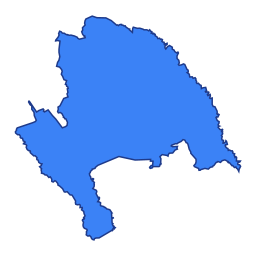 Ixtapan de la Sal, México, Mexico
{"feature_id": "50627088B70229616994198", "entity_name": "Ixtapan de la Sal", "entity_type": "district", "adm_level": 2, "iso_a3": "MEX", "parent_name": "Mexico", "parent_adm1": "México", "projection": "orthographic", "projection_center": [-99.696, 18.841], "detail": "fine", "context": "isolated", "style": "filled", "palette": "blue", "viewbox_px": 256, "rotation_deg": 0, "n_neighbors": 0, "source": "geoboundaries", "source_scale": "gbopen_adm2", "svg_char_len": 5747}
<svg xmlns="http://www.w3.org/2000/svg" viewBox="0 0 256 256"><path d="M45.1,175.0L46.7,175.0L48.9,177.5L50.3,176.8L51.7,179.1L51.8,181.4L52.3,181.7L53.3,182.0L54.9,180.7L56.0,181.3L57.7,183.4L58.1,185.3L59.4,185.8L62.6,188.7L64.2,191.8L65.1,192.1L67.2,191.7L70.1,194.9L71.8,195.0L72.2,195.3L75.6,201.0L75.4,202.7L75.7,204.2L77.4,204.8L79.5,204.5L80.1,205.0L80.3,205.8L80.0,207.6L82.2,207.5L82.3,208.2L81.5,209.8L83.7,211.4L84.1,213.8L85.0,215.7L84.7,216.5L83.6,217.5L83.6,218.0L84.4,218.3L84.2,218.7L83.9,219.3L82.6,219.6L82.4,220.5L83.5,222.2L83.0,225.0L83.3,226.8L84.4,228.3L86.8,229.3L87.2,230.2L86.3,232.0L86.6,232.7L86.2,234.8L87.7,236.0L88.6,236.0L89.5,235.5L91.0,237.0L91.5,238.4L92.4,239.4L94.0,239.9L94.5,238.6L96.1,238.0L99.1,237.9L111.8,230.4L112.2,230.7L113.0,229.9L112.6,229.4L113.6,227.9L114.3,228.8L115.2,227.6L114.7,227.5L113.8,226.1L113.4,226.4L112.4,224.5L113.0,223.7L112.1,223.0L111.9,218.6L112.1,218.8L113.8,217.6L111.8,217.9L111.5,212.8L111.9,212.8L109.8,209.7L106.5,208.8L105.5,207.5L104.4,207.4L103.9,206.6L100.8,205.8L100.4,205.3L100.6,202.8L99.5,202.0L97.7,201.7L99.3,199.2L99.5,197.7L99.2,197.3L98.3,197.2L98.2,197.8L96.1,193.6L96.8,191.6L96.4,190.4L92.8,188.6L94.1,186.6L94.3,184.5L94.0,183.9L94.4,182.6L93.5,181.5L92.3,180.9L92.2,180.5L93.4,179.7L93.5,178.8L92.8,178.5L91.3,179.3L90.9,178.8L90.7,176.9L89.7,175.4L89.4,173.6L90.3,172.5L90.5,171.4L92.6,169.4L92.4,169.1L95.0,168.4L95.4,167.4L97.9,165.3L118.9,156.5L135.1,160.0L150.6,159.4L150.4,161.1L153.0,161.2L152.6,165.4L151.2,165.5L149.6,167.3L150.0,168.2L150.5,168.4L152.5,167.7L152.9,166.6L159.0,166.6L159.7,166.0L160.0,164.3L160.4,164.0L160.8,164.3L161.1,163.8L160.7,162.5L160.9,158.7L159.9,156.6L162.2,154.6L166.8,155.4L168.0,156.1L168.3,154.6L169.3,153.2L172.7,153.0L175.1,150.0L177.4,149.1L176.9,148.0L177.5,146.4L172.6,146.7L171.2,145.9L171.6,145.2L175.4,143.7L177.1,143.8L178.1,142.9L181.2,141.4L183.0,139.6L184.8,140.1L186.1,142.6L186.9,142.8L187.9,144.1L189.2,149.2L190.8,152.1L190.8,153.3L196.0,159.2L196.1,161.8L195.5,163.8L193.9,165.6L194.4,166.6L198.6,168.5L199.0,170.3L200.3,170.2L200.8,169.6L204.9,168.4L208.3,169.1L210.3,167.3L212.6,166.8L212.9,166.0L213.9,165.5L216.3,162.3L217.3,162.1L217.9,161.5L220.5,162.4L222.1,160.7L224.8,159.9L226.8,160.8L228.1,162.4L228.4,162.0L228.7,162.7L229.5,162.7L232.0,165.7L232.7,165.5L234.4,167.5L235.9,167.0L236.5,168.3L237.5,168.9L238.8,171.4L239.1,169.4L240.6,166.3L239.6,164.8L237.9,164.5L237.7,163.5L238.0,162.5L239.8,162.0L240.4,161.0L236.4,161.0L236.6,157.4L235.8,156.6L235.0,157.4L234.1,154.9L234.7,153.9L232.7,153.0L232.8,151.6L232.3,150.8L231.1,150.9L229.6,150.0L228.3,150.4L227.9,148.5L226.7,148.0L225.7,146.9L225.2,145.7L225.5,144.7L226.5,144.8L227.4,144.4L226.5,141.3L225.9,140.7L225.6,141.8L223.9,143.2L223.0,143.1L223.5,140.4L222.0,139.9L221.7,138.4L222.2,136.5L221.4,135.6L222.7,133.8L222.3,133.2L222.6,131.9L221.6,131.6L222.7,129.8L222.3,129.3L221.2,129.8L220.0,129.5L218.1,127.3L218.5,126.5L219.5,126.1L218.4,125.7L218.1,124.7L219.0,123.1L219.1,121.6L217.3,120.6L216.0,117.4L216.6,116.8L217.8,117.1L219.1,114.6L218.4,114.1L217.4,114.4L216.9,113.7L217.2,113.0L217.1,111.1L214.9,106.7L213.2,106.5L212.2,104.4L212.2,98.0L210.2,98.5L209.6,98.0L210.4,96.0L210.2,94.5L207.9,95.6L207.4,94.6L208.9,92.9L208.6,92.0L205.7,92.1L205.4,91.4L206.6,90.7L205.7,87.4L202.9,87.8L201.4,88.6L201.1,85.4L199.8,84.8L198.3,83.2L197.1,83.5L196.4,82.7L196.6,81.3L195.8,80.2L196.0,79.0L195.1,77.7L193.1,78.3L192.4,76.9L189.7,76.9L189.3,74.2L187.1,72.6L188.3,71.9L188.1,70.1L187.0,69.4L184.8,64.5L183.5,63.9L181.3,64.9L179.1,65.3L178.4,64.5L179.3,62.9L178.8,60.3L177.1,58.6L177.0,56.0L178.4,53.0L177.9,52.1L176.6,52.9L174.7,51.5L174.1,50.1L172.3,49.2L172.3,47.2L169.5,45.5L167.4,46.8L165.8,49.0L165.0,47.9L165.0,45.8L167.1,44.5L167.1,43.3L164.3,44.2L164.1,42.3L162.5,41.9L161.9,41.3L162.5,39.8L161.7,39.1L160.4,39.3L159.6,38.2L157.9,38.6L156.9,36.7L155.2,35.8L155.2,34.4L154.3,34.4L154.1,33.6L152.8,33.8L152.8,33.0L151.3,33.2L151.8,31.6L150.6,31.2L149.7,29.8L148.7,30.8L146.9,29.8L144.0,29.8L143.1,29.2L139.8,28.2L137.3,28.3L133.3,27.2L132.7,28.5L132.4,32.4L129.5,29.9L129.7,29.1L128.6,28.9L125.9,27.0L125.2,25.8L124.1,26.0L123.6,25.4L122.0,25.1L121.7,24.5L121.3,24.8L120.4,24.4L119.3,24.8L118.5,25.6L117.5,24.9L116.7,25.2L111.3,20.6L105.9,17.9L96.9,17.7L92.2,16.1L85.9,19.0L85.1,20.6L84.6,23.2L85.1,25.0L82.5,27.7L82.7,30.1L81.7,31.7L82.6,34.2L84.1,36.2L84.7,35.9L85.2,37.7L79.4,39.2L77.7,38.2L77.3,37.3L74.5,36.0L71.0,35.1L69.1,35.3L67.6,34.6L67.3,34.9L65.4,34.1L64.5,33.3L62.3,33.1L61.2,31.8L59.6,31.2L58.6,33.7L59.1,34.9L58.2,37.0L55.7,40.2L55.6,40.9L57.6,40.5L60.0,41.1L59.0,49.3L59.0,52.4L59.8,56.7L58.9,60.3L57.6,62.3L56.6,66.3L59.6,67.1L61.6,69.6L62.2,71.3L61.3,74.2L62.6,76.3L64.0,79.7L66.6,80.6L65.4,84.4L66.4,84.7L66.7,86.3L67.7,86.8L68.2,88.4L67.3,88.8L67.9,92.5L67.0,93.9L68.0,96.9L63.7,98.5L60.0,105.8L58.0,107.1L58.3,109.1L57.6,111.6L58.4,112.9L60.3,112.5L61.9,113.6L63.6,116.8L63.4,117.3L64.3,117.7L64.8,118.8L65.8,118.8L67.5,122.3L67.0,125.5L65.4,126.7L62.3,127.8L55.7,119.0L52.4,115.5L48.1,109.9L44.5,111.9L43.5,111.2L43.9,109.9L43.1,108.9L38.9,110.5L36.6,112.0L29.3,101.2L28.8,101.2L28.6,102.0L30.1,104.7L31.8,105.9L31.8,109.3L34.0,112.3L34.3,115.7L36.3,120.3L35.3,121.6L32.7,122.7L17.2,127.9L16.4,129.3L16.6,130.1L15.4,131.8L15.6,133.0L17.6,134.7L19.4,134.7L20.4,136.2L20.2,137.4L20.9,138.1L22.5,138.3L23.2,140.9L24.9,141.7L25.0,142.4L23.5,143.4L23.4,143.8L25.8,144.4L26.7,145.4L26.2,147.3L27.1,149.4L28.5,150.6L30.0,150.8L30.4,151.3L30.1,152.0L30.4,152.8L33.8,155.9L35.1,155.7L37.0,157.6L36.7,159.0L37.0,159.7L38.1,160.1L38.8,162.4L40.8,163.8L41.9,163.8L41.3,165.6L39.6,166.7L41.6,168.8L41.1,169.9L41.6,171.9L41.5,173.2L43.6,173.7L45.1,175.0Z" fill="#3b82f6" stroke="#1e3a8a" stroke-width="1.5"/></svg>